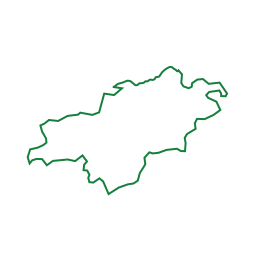 Toktogul, Jalal-Abad, Kyrgyzstan (Albers equal-area conic projection), rotated 326°
{"feature_id": "92254566B9187696742897", "entity_name": "Toktogul", "entity_type": "district", "adm_level": 2, "iso_a3": "KGZ", "parent_name": "Kyrgyzstan", "parent_adm1": "Jalal-Abad", "projection": "albers", "projection_center": [73.19, 41.788], "detail": "fine", "context": "isolated", "style": "outline", "palette": "green", "viewbox_px": 256, "rotation_deg": 326, "n_neighbors": 0, "source": "geoboundaries", "source_scale": "gbopen_adm2", "svg_char_len": 1774}
<svg xmlns="http://www.w3.org/2000/svg" viewBox="0 0 256 256"><g transform="rotate(326 128 128)"><path d="M138.4,85.4L140.3,87.2L145.2,91.7L134.9,92.9L127.5,86.2L112.8,98.9L105.8,97.2L97.0,88.6L94.1,89.0L84.7,84.2L74.0,83.1L67.0,77.2L60.9,77.6L56.8,76.9L54.8,82.9L54.2,90.9L52.2,94.5L48.4,94.8L42.1,93.8L35.0,91.0L28.6,96.0L26.6,102.4L30.5,101.2L34.9,102.5L39.4,105.8L39.9,113.5L47.4,113.3L60.4,120.4L65.7,125.9L74.9,125.3L75.3,132.8L71.0,134.0L67.6,138.1L70.4,140.5L69.9,145.2L67.2,147.1L65.7,151.3L68.7,153.8L76.2,153.8L77.5,158.4L75.0,171.9L87.0,172.2L96.3,174.6L101.6,177.1L106.7,177.1L112.7,171.9L118.9,169.2L119.6,168.9L119.8,168.8L122.1,167.7L125.0,161.9L132.1,160.1L134.3,162.9L139.4,165.6L147.7,167.7L157.0,172.6L159.0,176.7L162.3,179.1L167.4,172.6L169.5,167.9L173.6,166.0L183.6,166.5L186.0,161.5L190.3,159.0L196.5,163.5L206.2,165.0L214.6,164.7L216.0,155.6L211.3,147.8L211.2,144.5L215.4,143.5L224.7,148.0L224.5,151.5L223.1,153.6L226.7,156.3L229.4,154.8L229.3,141.6L219.6,136.5L217.5,129.3L212.5,126.6L206.2,126.7L203.9,129.4L200.6,129.0L197.2,124.4L197.4,120.4L202.7,113.8L202.1,108.4L200.9,108.7L200.4,108.1L200.1,106.4L199.5,105.1L198.9,104.1L198.7,102.6L197.8,101.5L197.1,100.9L196.1,100.6L194.5,100.4L191.9,100.3L190.3,100.4L188.5,100.7L187.0,101.0L185.2,101.8L182.8,102.7L181.3,102.4L179.8,101.5L179.0,101.6L177.3,102.4L176.3,102.3L175.1,101.8L173.8,100.5L172.9,100.2L171.9,100.1L170.8,100.3L169.8,100.0L168.7,99.1L167.7,99.1L166.6,99.3L165.4,99.0L164.3,98.4L162.7,97.5L162.4,97.4L161.6,97.3L160.9,97.6L159.7,97.6L159.0,97.3L158.3,96.8L157.9,96.2L157.7,95.8L157.5,94.7L156.9,92.8L156.2,90.5L155.5,89.7L154.9,89.2L153.8,88.4L151.2,87.8L149.1,87.4L144.7,85.9L143.1,85.8L140.6,86.1L139.2,85.9L138.4,85.4Z" fill="none" stroke="#15803d" stroke-width="2"/></g></svg>